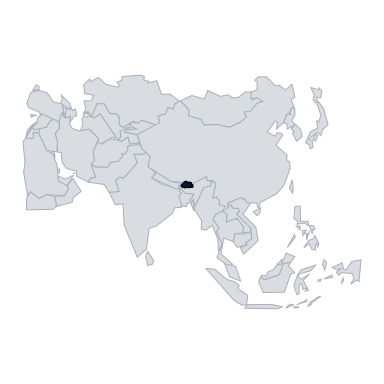 Bhutan highlighted on a map of Asia
{"feature_id": "BTN", "entity_name": "Bhutan", "entity_type": "country or territory", "adm_level": 0, "iso_a3": "BTN", "parent_name": "Asia", "parent_adm1": "", "projection": "orthographic", "projection_center": [90.584, 27.506], "detail": "fine", "context": "in_parent", "style": "filled", "palette": "ink", "viewbox_px": 384, "rotation_deg": 0, "n_neighbors": 45, "source": "natural_earth", "source_scale": "50m", "svg_char_len": 13762}
<svg xmlns="http://www.w3.org/2000/svg" viewBox="0 0 384 384"><path d="M179.4,101.2L175.1,103.8L173.1,109.1L168.0,107.6L165.4,114.1L158.3,115.9L159.9,122.6L157.8,125.6L141.5,120.2L138.9,122.9L132.7,121.2L123.8,127.6L119.1,124.7L119.4,117.6L117.1,114.2L109.6,113.3L104.0,103.6L97.1,103.9L91.6,117.0L88.6,111.9L84.1,112.5L85.7,109.0L84.0,100.8L91.1,100.8L93.8,95.3L84.8,93.7L83.6,84.8L89.8,79.0L90.6,81.7L98.3,77.4L106.0,84.3L118.1,87.2L119.4,85.7L117.0,82.4L122.2,79.9L121.7,77.3L123.2,76.4L140.7,75.2L144.3,76.6L143.8,80.2L148.8,81.3L148.1,83.2L156.7,80.7L161.6,94.2L169.9,94.0L179.4,101.2Z" fill="#d9dde1" stroke="#a8b0b8" stroke-width="1"/><path d="M91.6,117.0L97.1,103.9L104.0,103.6L109.6,113.3L117.1,114.2L119.4,117.6L119.1,124.7L122.8,127.4L131.7,122.7L129.5,125.3L136.4,128.9L132.2,131.1L128.9,130.2L129.7,127.5L125.8,127.7L122.5,131.8L120.2,131.2L120.8,136.9L118.2,140.4L100.2,113.8L94.4,117.8L91.6,117.0Z" fill="#d9dde1" stroke="#a8b0b8" stroke-width="1"/><path d="M361.0,259.8L359.0,281.6L357.2,280.1L350.6,283.9L353.8,278.9L352.5,273.5L341.1,272.7L339.0,275.5L336.4,272.3L341.4,268.1L337.1,269.9L332.1,267.5L342.3,262.8L343.4,269.1L346.2,269.8L351.8,261.6L361.0,259.8ZM313.2,300.2L311.1,304.7L307.9,306.0L309.9,302.5L313.2,300.2ZM341.8,283.2L341.8,280.9L343.1,278.1L343.5,280.3L341.8,283.2ZM290.6,262.3L288.7,266.0L294.7,272.8L290.6,274.3L284.5,292.1L263.2,292.6L258.6,281.8L261.2,275.8L264.4,279.6L276.4,275.8L279.3,274.5L283.5,263.3L290.6,262.3ZM323.9,278.9L331.8,275.0L332.8,277.2L323.9,278.9ZM320.6,281.4L318.4,281.5L317.9,280.2L321.1,279.0L320.6,281.4ZM324.1,259.6L326.5,262.4L324.7,270.1L322.5,264.3L324.1,259.6ZM301.2,269.7L315.6,265.1L310.6,270.8L298.8,274.1L298.3,276.9L301.4,279.2L309.4,274.1L303.3,280.3L308.3,290.4L305.3,291.1L307.0,287.9L302.9,289.4L301.4,283.3L299.1,284.9L299.2,293.6L297.0,294.6L293.8,285.9L297.6,274.7L301.2,269.7ZM299.1,307.6L293.2,307.9L296.4,306.5L299.1,307.6ZM296.6,304.7L303.7,301.7L306.8,299.7L306.1,301.6L296.6,304.7ZM289.9,304.1L294.0,305.1L285.6,308.1L289.9,304.1ZM247.4,304.7L271.5,304.4L282.2,306.8L278.1,308.8L244.7,308.2L247.4,304.7ZM237.7,288.4L247.8,295.3L246.5,304.7L242.3,305.3L234.3,300.7L206.0,268.6L214.6,269.1L226.9,279.5L234.1,281.4L239.3,285.4L237.7,288.4Z" fill="#d9dde1" stroke="#a8b0b8" stroke-width="1"/><path d="M313.5,301.7L316.5,297.7L320.9,296.1L313.5,301.7Z" fill="#d9dde1" stroke="#a8b0b8" stroke-width="1"/><path d="M33.9,125.1L29.9,129.0L25.9,137.3L27.4,130.4L32.2,124.9L33.9,125.1Z" fill="#d9dde1" stroke="#a8b0b8" stroke-width="1"/><path d="M37.1,122.9L32.3,124.9L37.5,121.3L37.1,122.9Z" fill="#d9dde1" stroke="#a8b0b8" stroke-width="1"/><path d="M31.9,127.9L28.9,130.8L31.4,127.0L31.9,127.9Z" fill="#d9dde1" stroke="#a8b0b8" stroke-width="1"/><path d="M31.9,127.9L39.9,128.4L38.7,133.2L33.2,132.8L33.6,137.6L27.6,139.8L25.9,137.3L31.9,127.9Z" fill="#d9dde1" stroke="#a8b0b8" stroke-width="1"/><path d="M58.5,176.2L65.2,179.2L73.3,175.3L66.6,186.3L58.4,181.3L58.5,176.2Z" fill="#d9dde1" stroke="#a8b0b8" stroke-width="1"/><path d="M56.9,173.5L57.5,170.7L59.6,168.9L59.5,172.6L56.9,173.5Z" fill="#d9dde1" stroke="#a8b0b8" stroke-width="1"/><path d="M54.1,150.1L54.9,156.8L51.0,152.8L54.1,150.1Z" fill="#d9dde1" stroke="#a8b0b8" stroke-width="1"/><path d="M38.7,133.2L39.9,128.4L46.3,127.3L50.2,120.8L55.1,118.8L59.0,121.7L59.5,128.3L55.2,133.8L57.5,141.3L57.1,151.9L46.6,150.4L38.7,133.2Z" fill="#d9dde1" stroke="#a8b0b8" stroke-width="1"/><path d="M67.4,185.7L72.9,178.4L81.1,191.4L73.4,197.5L72.0,202.3L56.4,206.4L54.9,196.4L64.5,195.7L68.2,188.8L67.4,185.7ZM74.5,173.2L73.1,173.8L74.2,172.8L74.5,173.2Z" fill="#d9dde1" stroke="#a8b0b8" stroke-width="1"/><path d="M233.4,241.8L234.5,233.9L245.9,233.9L247.4,231.1L251.7,234.5L251.6,239.1L245.6,242.8L247.3,244.9L237.1,247.3L233.4,241.8Z" fill="#d9dde1" stroke="#a8b0b8" stroke-width="1"/><path d="M242.8,232.8L234.5,233.9L233.4,241.8L223.8,238.0L221.0,254.0L232.5,264.2L228.7,266.5L217.0,257.5L222.1,243.9L216.4,231.9L218.9,227.7L212.9,219.3L215.9,214.2L222.6,211.0L227.0,214.4L226.7,222.0L234.3,218.2L240.1,220.9L243.8,227.7L242.8,232.8Z" fill="#d9dde1" stroke="#a8b0b8" stroke-width="1"/><path d="M250.7,232.1L242.8,232.8L243.8,227.7L237.1,218.1L226.7,222.0L227.0,214.4L222.6,211.0L228.5,207.5L227.6,203.1L233.6,208.6L238.0,208.2L239.7,211.4L236.6,214.2L250.0,225.6L250.7,232.1Z" fill="#d9dde1" stroke="#a8b0b8" stroke-width="1"/><path d="M222.6,211.0L215.9,214.2L212.9,219.3L218.9,227.7L216.4,231.9L222.1,243.9L218.4,251.5L217.9,239.5L212.3,225.2L205.7,230.2L201.2,229.1L201.6,220.7L193.9,208.2L203.6,187.9L210.5,185.6L210.9,181.0L215.8,183.6L212.8,198.0L216.5,197.1L219.9,201.3L219.0,204.6L226.0,205.1L222.6,211.0Z" fill="#d9dde1" stroke="#a8b0b8" stroke-width="1"/><path d="M240.3,247.5L247.3,244.9L245.6,242.8L251.6,239.1L251.1,228.2L236.6,214.2L239.7,211.4L238.0,208.2L233.6,208.6L229.4,202.4L240.2,197.7L250.5,203.4L243.0,214.2L255.8,227.2L258.0,240.7L243.7,254.2L240.3,247.5Z" fill="#d9dde1" stroke="#a8b0b8" stroke-width="1"/><path d="M294.6,108.7L295.0,114.9L291.7,120.7L295.4,125.2L287.0,129.0L286.9,123.8L283.4,122.7L284.5,119.8L286.9,113.9L290.6,114.0L289.4,112.3L292.2,107.2L294.6,108.7Z" fill="#d9dde1" stroke="#a8b0b8" stroke-width="1"/><path d="M291.2,129.2L295.4,124.2L300.8,129.8L302.3,136.4L296.6,141.3L292.5,133.0L294.2,131.7L291.2,129.2Z" fill="#d9dde1" stroke="#a8b0b8" stroke-width="1"/><path d="M180.4,100.9L191.7,95.5L204.6,99.0L207.6,90.4L220.4,96.4L228.0,94.8L232.8,97.8L238.2,97.5L245.7,91.9L251.4,92.0L252.0,100.1L257.1,97.7L262.4,100.3L249.7,111.8L245.3,111.5L244.6,114.1L246.6,116.5L243.6,120.4L229.5,127.3L217.1,124.5L204.3,125.1L200.9,119.5L188.6,115.8L188.7,109.8L180.4,100.9Z" fill="#d9dde1" stroke="#a8b0b8" stroke-width="1"/><path d="M210.9,181.0L210.5,185.6L203.6,187.9L195.2,205.9L193.3,199.7L191.7,202.3L189.7,200.3L194.0,194.4L185.3,193.3L180.5,188.7L179.2,191.3L181.8,193.4L178.7,196.3L180.9,197.4L181.5,207.3L174.5,207.9L172.6,213.1L156.1,226.2L149.1,228.3L146.4,249.1L137.3,257.2L124.2,225.1L123.0,204.0L115.3,204.6L109.1,192.3L119.0,191.5L115.5,180.6L119.8,177.1L123.5,178.1L137.3,162.7L133.8,154.2L143.7,154.1L147.2,151.2L150.0,156.1L148.2,166.9L155.6,172.8L151.7,178.0L162.3,184.4L178.8,188.8L181.2,182.2L181.5,186.1L184.7,187.6L192.7,187.2L191.5,183.5L206.5,176.5L207.2,180.6L210.9,181.0Z" fill="#d9dde1" stroke="#a8b0b8" stroke-width="1"/><path d="M193.3,199.7L194.2,211.3L190.7,203.2L187.3,203.0L186.5,206.8L182.0,205.9L178.7,196.3L181.8,193.4L179.2,191.3L180.5,188.7L185.3,193.3L194.0,194.4L189.7,200.3L191.7,202.3L193.3,199.7Z" fill="#d9dde1" stroke="#a8b0b8" stroke-width="1"/><path d="M179.1,183.0L178.8,188.8L175.8,188.8L151.7,178.0L157.1,172.0L171.2,181.5L179.1,183.0Z" fill="#d9dde1" stroke="#a8b0b8" stroke-width="1"/><path d="M147.2,151.2L143.7,154.1L133.8,154.2L137.3,162.7L123.5,178.1L119.8,177.1L115.5,180.6L119.0,191.5L109.1,192.3L104.3,184.5L88.5,182.2L90.6,178.1L95.5,177.2L90.9,163.6L95.4,166.8L107.5,167.3L110.5,162.2L118.3,161.3L129.5,144.9L139.9,143.9L142.3,149.1L147.2,151.2Z" fill="#d9dde1" stroke="#a8b0b8" stroke-width="1"/><path d="M109.4,138.7L122.2,141.1L128.0,136.9L129.7,144.0L134.5,141.8L139.9,143.9L127.4,146.3L127.8,150.0L124.7,154.1L121.8,153.5L122.5,156.2L118.3,161.3L110.5,162.2L107.5,167.3L95.4,166.8L90.9,163.6L94.4,160.8L93.1,151.4L97.9,141.8L102.6,144.0L109.4,138.7Z" fill="#d9dde1" stroke="#a8b0b8" stroke-width="1"/><path d="M118.2,140.4L120.8,136.9L120.2,131.2L129.7,127.5L130.1,130.3L125.1,132.3L137.1,134.6L139.5,142.8L129.7,144.0L128.0,136.9L122.2,141.1L118.2,140.4Z" fill="#d9dde1" stroke="#a8b0b8" stroke-width="1"/><path d="M131.7,122.7L138.9,122.9L141.5,120.2L157.8,125.6L137.1,134.6L125.1,132.3L125.9,130.2L136.4,128.9L129.5,125.3L131.7,122.7Z" fill="#d9dde1" stroke="#a8b0b8" stroke-width="1"/><path d="M84.1,112.5L88.6,111.9L90.3,116.8L94.4,117.8L100.2,113.8L115.4,136.5L114.7,138.8L112.8,137.3L100.4,144.0L97.9,141.8L98.6,138.6L90.4,130.0L80.6,130.3L83.0,123.9L81.8,118.9L83.6,116.1L88.1,117.3L87.5,112.3L83.8,115.1L84.1,112.5Z" fill="#d9dde1" stroke="#a8b0b8" stroke-width="1"/><path d="M57.1,151.9L57.5,141.3L55.2,133.8L59.5,128.3L59.2,118.3L61.6,113.0L64.7,117.5L70.4,116.4L69.7,124.6L72.5,128.7L80.0,131.0L88.7,129.1L98.6,138.6L93.1,151.4L94.4,160.8L90.9,163.6L95.5,177.2L90.6,178.1L88.5,182.2L76.6,176.2L76.6,171.2L66.5,168.5L62.2,162.6L61.3,152.7L57.1,151.9Z" fill="#d9dde1" stroke="#a8b0b8" stroke-width="1"/><path d="M32.7,127.0L37.1,122.9L37.9,117.9L42.1,114.0L53.9,118.9L50.2,120.8L46.3,127.3L34.2,129.8L32.7,127.0Z" fill="#d9dde1" stroke="#a8b0b8" stroke-width="1"/><path d="M65.5,117.8L62.1,109.7L63.6,106.8L67.1,109.7L65.5,117.8Z" fill="#d9dde1" stroke="#a8b0b8" stroke-width="1"/><path d="M59.0,121.7L42.1,114.0L39.2,116.7L40.7,113.9L38.4,111.7L28.8,107.6L26.8,103.3L30.9,92.3L39.1,90.5L47.3,92.9L53.2,101.8L62.6,104.1L63.5,112.7L61.6,113.0L59.0,121.7ZM36.3,84.8L39.1,86.5L38.9,89.9L32.7,90.4L36.3,84.8Z" fill="#d9dde1" stroke="#a8b0b8" stroke-width="1"/><path d="M153.5,260.3L152.9,264.1L147.9,265.6L145.6,257.1L147.5,251.2L153.5,260.3Z" fill="#d9dde1" stroke="#a8b0b8" stroke-width="1"/><path d="M256.9,215.6L253.4,211.6L260.7,207.7L259.7,213.3L256.9,215.6ZM137.1,134.6L159.9,122.6L158.3,115.9L165.4,114.1L168.0,107.6L173.1,109.1L175.1,103.8L180.4,100.9L188.7,109.8L188.6,115.8L200.9,119.5L204.3,125.1L217.1,124.5L229.5,127.3L240.7,122.2L246.6,116.5L244.6,114.1L245.3,111.5L249.7,111.8L257.4,103.0L262.7,101.6L257.1,97.7L250.9,98.8L251.4,92.0L256.9,89.7L257.3,82.7L254.9,80.3L258.0,76.9L266.4,76.8L275.3,85.7L279.4,85.5L285.7,89.9L292.1,84.3L294.9,97.1L291.0,99.4L294.6,108.7L292.2,107.2L289.4,112.3L290.6,114.0L286.9,113.9L283.4,122.7L276.5,128.9L277.4,122.5L275.4,121.0L267.2,131.9L274.9,136.3L277.1,132.9L281.7,133.3L282.8,135.1L275.9,145.2L287.2,155.2L286.4,159.6L289.7,162.1L290.1,168.6L284.0,185.1L276.4,193.9L260.0,202.6L259.4,206.8L257.5,207.4L256.9,203.1L246.9,202.9L245.3,199.3L240.2,197.7L227.6,203.1L228.5,207.5L219.0,204.6L219.9,201.3L216.5,197.1L212.8,198.0L215.8,183.6L212.9,180.5L207.2,180.6L206.5,176.5L194.3,183.0L185.7,181.4L181.5,185.3L181.2,182.2L171.2,181.5L148.2,166.9L150.0,156.1L142.3,149.1L137.1,134.6Z" fill="#d9dde1" stroke="#a8b0b8" stroke-width="1"/><path d="M292.2,179.9L293.3,189.7L292.5,193.2L289.3,187.7L292.2,179.9Z" fill="#d9dde1" stroke="#a8b0b8" stroke-width="1"/><path d="M70.8,106.8L72.5,110.6L75.4,109.0L76.8,116.1L74.8,115.7L70.1,121.7L70.4,116.4L65.5,117.8L65.6,112.9L66.7,107.6L69.6,109.7L70.8,106.8ZM64.7,117.5L63.4,116.3L63.5,112.7L65.1,114.5L64.7,117.5Z" fill="#d9dde1" stroke="#a8b0b8" stroke-width="1"/><path d="M61.3,95.2L70.1,103.7L70.1,109.4L60.4,103.2L62.4,99.3L61.3,95.2Z" fill="#d9dde1" stroke="#a8b0b8" stroke-width="1"/><path d="M299.9,229.7L296.2,225.9L300.4,226.3L299.9,229.7ZM306.8,239.9L306.0,233.1L307.5,235.0L309.5,230.7L306.8,239.9ZM314.3,234.8L318.8,243.1L317.9,246.8L316.5,243.4L315.2,245.8L315.6,250.1L311.6,249.2L309.2,243.7L303.8,247.7L308.5,240.7L314.8,237.6L314.3,234.8ZM295.3,237.3L287.3,247.5L294.4,234.4L295.3,237.3ZM300.2,206.1L300.5,221.4L307.9,221.3L308.9,225.9L304.7,223.2L297.1,224.1L297.9,221.3L294.0,218.9L294.8,206.5L300.2,206.1ZM303.0,235.6L302.1,230.3L306.3,230.3L303.0,235.6ZM313.6,225.8L315.0,229.7L312.4,229.5L312.3,234.1L309.5,225.6L313.6,225.8Z" fill="#d9dde1" stroke="#a8b0b8" stroke-width="1"/><path d="M224.6,264.0L235.7,266.4L240.7,281.1L229.8,276.9L224.6,264.0ZM290.6,262.3L283.5,263.3L279.3,274.5L264.4,279.6L261.8,278.0L261.2,275.8L266.8,275.4L267.4,272.3L273.3,269.7L277.6,263.8L281.7,263.7L286.1,253.1L294.9,256.6L290.6,262.3Z" fill="#d9dde1" stroke="#a8b0b8" stroke-width="1"/><path d="M281.9,259.5L281.7,263.7L279.3,265.3L277.6,263.8L281.9,259.5Z" fill="#d9dde1" stroke="#a8b0b8" stroke-width="1"/><path d="M323.8,108.8L328.0,124.7L322.3,129.9L320.9,135.6L317.5,132.2L308.8,139.0L312.3,140.6L313.0,147.6L310.1,148.8L309.6,145.2L305.6,142.6L310.5,131.7L317.4,128.3L316.8,120.8L319.0,121.8L320.8,114.8L316.9,103.6L318.5,101.9L323.8,108.8ZM318.8,89.9L319.0,87.8L321.9,91.2L320.6,97.9L316.3,97.3L317.5,101.5L315.5,102.7L313.2,99.5L314.4,95.2L310.8,87.5L318.8,89.9ZM312.8,139.1L315.1,134.3L318.0,135.4L315.4,141.2L312.8,139.1Z" fill="#d9dde1" stroke="#a8b0b8" stroke-width="1"/><path d="M54.9,196.4L56.4,206.4L52.9,209.3L26.7,209.9L26.3,199.3L30.2,191.6L39.2,198.4L46.4,194.6L54.9,196.4Z" fill="#d9dde1" stroke="#a8b0b8" stroke-width="1"/><path d="M25.7,137.8L31.8,138.8L33.6,137.6L33.2,132.8L38.7,133.2L46.6,150.4L53.1,154.1L57.2,165.6L58.4,181.3L67.4,185.7L68.2,188.8L64.5,195.7L46.4,194.6L39.2,198.4L30.2,191.6L27.6,195.4L23.6,172.4L25.0,162.8L23.0,142.0L25.7,137.8Z" fill="#d9dde1" stroke="#a8b0b8" stroke-width="1"/><path d="M36.0,115.3L31.1,117.1L30.9,114.4L36.0,115.3Z" fill="#d9dde1" stroke="#a8b0b8" stroke-width="1"/><path d="M191.3,183.5L191.2,183.9L191.1,184.1L191.2,184.3L191.4,184.6L191.7,184.8L192.1,184.8L192.4,184.7L192.5,184.7L192.7,185.1L192.9,185.4L192.7,185.7L192.6,185.9L192.6,186.1L192.7,186.4L192.8,186.6L192.9,186.8L192.8,187.0L192.6,187.1L192.4,187.1L192.2,187.1L191.7,187.2L191.5,187.3L190.9,187.3L190.7,187.1L190.1,187.4L189.6,187.3L188.6,187.4L188.2,187.4L187.8,187.4L187.6,187.3L187.2,187.1L186.8,187.0L186.4,187.1L186.0,187.5L185.4,187.6L184.8,187.7L184.6,187.7L184.2,187.6L184.1,187.4L183.8,187.3L183.4,187.2L182.6,187.2L182.2,187.0L181.8,186.8L181.6,186.7L181.5,186.2L181.3,186.0L181.2,185.8L181.3,185.6L181.7,185.3L181.9,184.7L182.2,184.5L182.5,184.2L182.7,183.7L183.1,183.2L183.5,182.8L183.8,182.4L184.0,182.2L184.4,182.0L184.8,181.9L185.0,181.6L185.3,181.5L185.6,181.4L186.0,181.4L186.4,181.5L186.8,181.7L186.9,181.8L186.8,182.0L186.8,182.3L187.3,182.3L187.8,182.3L188.1,182.3L188.8,182.5L189.0,182.6L189.4,182.7L189.6,182.5L189.9,182.3L190.0,182.3L190.4,182.5L190.8,182.7L191.2,182.8L191.3,182.9L191.3,183.4L191.3,183.5Z" fill="#0f172a" stroke="#020617" stroke-width="1.5"/></svg>